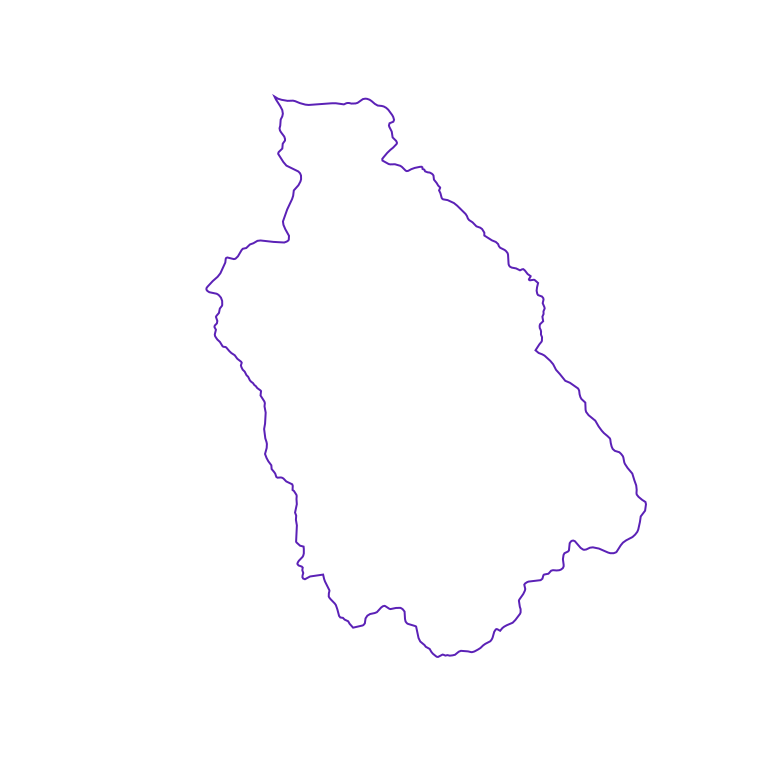 Ban Luang, Nan, Thailand, rotated 316°
{"feature_id": "78962969B2609342993216", "entity_name": "Ban Luang", "entity_type": "district", "adm_level": 2, "iso_a3": "THA", "parent_name": "Thailand", "parent_adm1": "Nan", "projection": "robinson", "projection_center": [100.45, 18.857], "detail": "fine", "context": "isolated", "style": "outline", "palette": "violet", "viewbox_px": 768, "rotation_deg": 316, "n_neighbors": 0, "source": "geoboundaries", "source_scale": "gbopen_adm2", "svg_char_len": 6166}
<svg xmlns="http://www.w3.org/2000/svg" viewBox="0 0 768 768"><g transform="rotate(316 384 384)"><path d="M490.1,650.5L489.2,646.6L488.7,642.0L489.0,639.1L489.8,637.9L492.3,635.6L495.0,632.1L497.1,627.4L500.4,620.9L500.9,613.5L501.8,608.8L502.4,607.3L505.2,603.0L505.7,601.7L506.0,599.0L505.9,596.6L503.6,592.4L503.4,589.6L504.3,587.1L506.1,584.0L508.3,581.0L508.7,580.0L508.6,576.8L508.1,572.1L508.2,568.9L508.9,563.7L510.5,557.2L509.5,548.6L510.0,544.5L511.0,542.7L515.9,537.2L515.6,531.9L516.2,529.8L517.6,527.2L519.8,524.3L520.5,522.1L518.6,512.3L516.6,507.6L517.4,499.0L517.6,493.3L519.4,487.3L519.7,482.8L519.2,475.1L518.4,472.5L516.8,469.1L516.4,465.0L523.3,463.4L526.7,463.0L527.6,462.6L530.2,460.1L531.3,457.4L533.4,455.4L534.3,453.9L534.9,452.0L536.2,450.4L537.7,449.4L542.1,449.4L544.7,445.6L547.4,444.5L549.2,442.5L552.0,441.3L552.7,440.3L554.3,436.1L557.4,434.1L558.2,432.9L558.4,430.8L556.6,427.1L556.9,425.6L558.6,422.9L561.2,420.8L565.0,418.4L564.6,413.7L564.2,413.1L561.0,410.8L560.7,410.0L561.0,409.3L563.9,408.6L564.4,408.3L563.7,404.7L564.2,400.2L564.0,398.2L563.1,397.5L560.8,396.7L559.3,392.6L556.7,388.9L556.1,387.0L556.3,385.6L556.9,384.3L563.0,377.2L563.8,375.8L564.1,373.3L563.9,371.4L562.2,366.6L562.4,364.6L563.3,362.6L563.1,359.5L561.4,355.6L559.3,346.9L561.3,344.8L562.2,340.7L561.8,338.4L560.0,334.8L560.0,329.2L559.1,325.2L559.3,323.2L560.3,320.9L560.8,318.4L560.5,306.5L560.0,302.4L557.5,295.9L554.8,292.2L554.6,291.1L554.8,290.1L557.1,286.0L558.1,283.0L560.7,281.9L560.9,281.5L560.8,279.0L561.5,276.0L561.9,271.7L564.4,268.4L564.6,267.2L564.5,265.9L563.8,263.7L562.4,262.0L561.3,259.6L561.9,257.8L561.1,256.1L562.1,254.8L562.0,253.9L560.8,252.8L556.2,249.9L552.8,248.4L549.5,247.5L548.3,246.7L547.8,245.6L547.7,240.4L547.3,238.4L544.5,233.5L541.2,230.5L540.2,229.1L538.1,222.2L539.1,220.9L541.0,220.6L546.9,220.0L551.3,220.0L554.7,220.3L559.8,220.1L560.5,219.8L561.0,219.3L561.6,217.6L561.5,212.6L564.9,207.8L566.5,202.6L567.2,201.4L569.1,200.3L572.9,201.8L574.7,201.0L576.1,198.4L576.7,196.3L577.6,189.6L577.4,186.8L576.6,184.2L575.5,182.4L572.9,179.3L572.0,176.1L571.6,171.8L571.1,169.5L569.9,167.1L568.7,165.7L566.7,164.4L560.3,163.4L558.4,162.4L555.4,159.7L554.0,157.5L552.9,156.5L552.0,155.9L549.4,155.0L544.3,148.5L541.1,145.5L523.6,130.9L521.5,128.4L518.6,123.5L516.6,118.9L515.4,117.0L511.3,113.3L507.8,108.5L505.9,105.1L504.9,101.2L503.9,104.3L502.4,111.9L501.1,116.3L499.0,119.3L496.8,120.8L493.4,122.0L488.8,126.1L486.5,127.5L485.3,129.3L484.8,131.3L484.1,136.8L483.0,139.0L481.9,140.1L478.1,140.8L474.4,144.0L469.4,144.0L468.1,144.6L467.7,145.1L465.8,154.4L465.5,159.1L470.0,171.6L470.0,174.1L469.1,176.4L466.6,179.1L464.5,180.3L460.5,181.6L453.6,182.1L449.4,185.5L446.4,187.1L435.6,191.2L424.2,196.9L422.2,199.7L420.5,204.2L418.6,211.4L415.8,214.0L414.9,214.3L413.0,214.0L410.5,212.9L403.2,205.0L394.9,195.0L392.4,193.1L387.8,192.0L384.5,190.5L379.4,190.5L376.3,188.6L374.4,188.8L367.6,190.7L364.2,190.7L362.8,189.9L359.2,184.2L358.1,183.7L357.1,184.0L354.2,186.4L343.2,190.7L338.8,191.3L332.3,191.0L324.9,191.4L323.3,191.6L322.3,192.2L321.8,192.9L321.6,194.4L322.1,196.6L326.3,202.8L326.7,204.1L326.9,205.5L326.7,208.6L325.3,211.8L322.5,214.8L321.7,215.2L318.3,215.7L314.7,218.2L310.8,218.6L309.7,219.0L307.9,222.9L305.9,224.3L303.0,224.4L302.1,224.8L301.5,225.5L300.8,228.2L296.7,230.8L295.8,232.1L295.4,233.7L295.0,236.2L295.2,239.7L294.1,244.7L294.3,245.6L295.6,247.2L295.9,248.1L295.6,252.8L295.7,255.7L296.6,259.6L296.0,263.9L296.7,268.8L296.4,269.9L294.0,271.2L293.2,272.7L292.3,275.5L292.4,278.3L291.2,282.2L291.3,284.4L290.1,288.1L290.0,289.9L290.4,292.4L290.0,294.6L290.3,296.4L290.0,298.9L290.7,302.9L290.6,303.7L287.2,306.5L285.8,313.5L285.0,315.0L282.5,317.1L279.0,322.4L270.9,329.9L266.5,333.1L260.9,340.6L259.2,344.1L258.1,345.8L255.2,348.5L249.8,351.7L248.1,355.7L247.1,359.3L246.5,364.2L244.1,367.1L243.8,371.1L243.5,372.9L242.0,376.0L242.3,377.4L244.9,379.6L245.6,380.7L246.0,382.1L246.0,386.2L248.3,392.4L247.6,393.9L244.6,396.7L244.9,398.5L244.0,402.9L243.4,403.9L241.1,406.0L237.8,409.9L230.7,414.7L229.4,417.7L226.3,420.5L223.1,425.2L211.2,436.4L211.0,437.3L211.3,442.0L213.2,445.1L211.7,447.0L208.6,450.2L206.6,451.4L205.3,451.8L200.1,452.0L198.3,452.4L197.0,453.0L196.6,453.6L196.5,455.2L198.0,458.2L198.0,459.6L195.9,461.2L194.6,463.9L192.5,465.1L191.1,466.3L190.7,467.8L191.5,469.5L197.1,471.1L207.8,478.8L205.5,482.6L204.4,485.0L201.5,494.2L201.1,494.9L198.9,496.3L196.7,498.4L196.3,499.5L196.1,501.6L196.1,507.7L195.8,509.6L193.9,513.7L190.6,519.6L190.4,521.6L192.0,523.7L192.0,526.1L193.4,529.8L192.7,532.6L192.5,537.8L200.8,542.8L201.7,543.1L203.9,542.9L207.9,539.8L211.1,539.1L214.2,539.8L218.2,542.3L220.4,543.2L226.7,542.8L228.8,543.1L230.2,543.9L230.6,544.6L231.7,549.4L232.3,550.4L237.0,553.4L240.2,556.3L240.7,557.5L241.0,559.1L240.7,562.0L235.9,567.6L234.5,569.9L234.4,570.9L234.3,572.1L234.6,573.2L238.2,579.6L238.6,580.8L232.4,590.7L231.2,594.4L231.8,600.0L231.5,602.0L232.8,606.3L232.0,609.5L231.8,611.9L232.3,616.2L232.6,617.1L233.3,617.9L238.1,619.3L238.7,620.1L239.5,622.0L241.3,623.1L242.6,625.1L244.8,626.8L247.0,628.1L251.8,628.5L254.0,629.4L258.7,634.7L260.5,637.5L261.3,638.2L263.2,639.2L267.1,640.3L270.0,640.9L273.7,640.9L276.4,641.3L281.8,642.9L284.0,642.6L285.9,641.9L291.2,638.8L293.9,638.2L294.6,638.4L295.2,639.2L296.1,642.2L299.5,641.8L301.7,642.0L304.7,642.8L310.7,645.1L314.6,645.0L322.3,643.8L323.7,643.1L325.9,640.8L326.9,638.7L330.5,633.6L331.5,633.1L338.3,631.8L341.8,630.5L343.2,629.6L345.5,625.8L346.9,625.5L349.5,626.0L350.8,626.6L360.4,633.9L362.7,634.1L365.8,632.3L366.8,632.3L370.5,634.7L374.5,634.4L376.2,635.3L378.7,638.1L380.7,639.7L382.3,640.4L384.7,640.7L386.5,640.0L387.6,638.9L391.0,634.3L394.4,631.7L396.3,631.1L399.9,632.3L401.4,632.2L407.0,627.5L409.2,627.1L410.4,627.4L411.4,628.1L412.1,629.7L411.6,638.5L412.2,641.3L412.7,642.2L414.5,643.5L418.4,644.8L420.8,646.6L424.3,651.7L428.1,660.9L429.3,663.0L431.6,665.2L433.8,666.2L434.7,666.3L442.2,664.5L445.7,664.1L449.7,664.7L456.5,666.7L460.0,666.8L463.5,666.3L465.8,665.3L472.3,661.0L476.7,657.6L483.8,656.5L488.9,652.5L490.1,650.5Z" fill="none" stroke="#5b21b6" stroke-width="2"/></g></svg>